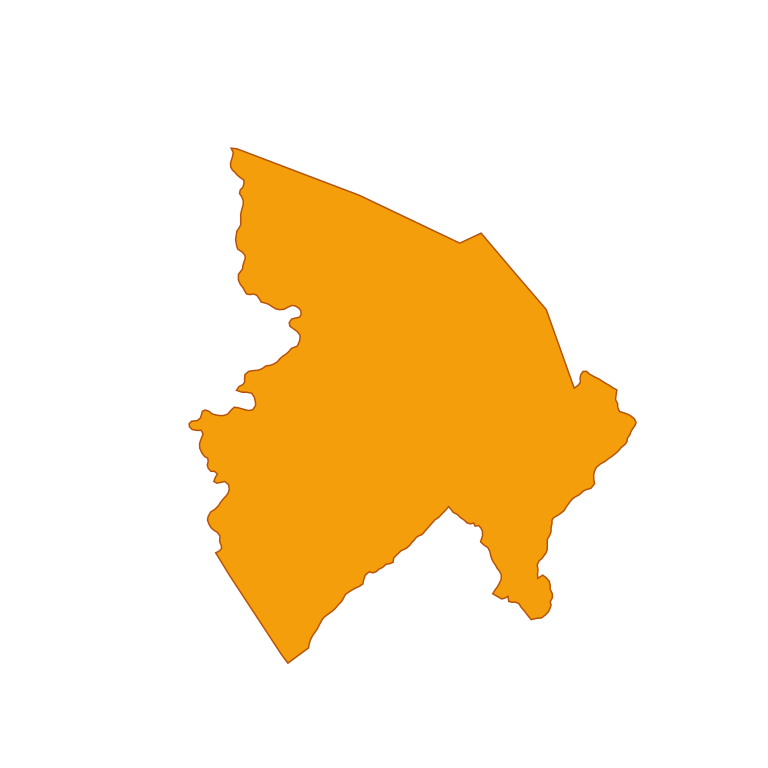 Itaeté, Bahia, Brazil (orthographic projection), rotated 248°
{"feature_id": "56859067B39579225322319", "entity_name": "Itaeté", "entity_type": "district", "adm_level": 2, "iso_a3": "BRA", "parent_name": "Brazil", "parent_adm1": "Bahia", "projection": "orthographic", "projection_center": [-41.071, -13.094], "detail": "fine", "context": "isolated", "style": "filled", "palette": "amber", "viewbox_px": 768, "rotation_deg": 248, "n_neighbors": 0, "source": "geoboundaries", "source_scale": "gbopen_adm2", "svg_char_len": 4239}
<svg xmlns="http://www.w3.org/2000/svg" viewBox="0 0 768 768"><g transform="rotate(248 384 384)"><path d="M140.6,412.6L140.2,415.8L140.7,419.4L135.6,418.2L133.8,420.8L132.5,424.1L129.9,426.8L125.8,427.5L121.1,429.1L116.5,430.3L110.4,432.2L109.5,438.0L108.1,442.3L109.3,446.8L111.3,451.2L114.1,454.2L116.5,456.1L119.9,456.6L122.8,460.1L126.3,461.5L131.5,461.2L135.3,462.7L139.2,463.3L143.7,461.8L147.3,459.5L146.3,453.7L150.3,455.2L154.4,457.3L158.9,458.3L161.9,461.5L163.2,465.3L165.1,468.3L166.6,470.8L169.2,473.2L172.5,474.7L175.4,475.8L178.8,477.3L181.6,480.9L184.4,483.5L188.3,485.1L191.4,487.3L194.9,488.8L196.6,491.4L197.1,495.5L197.9,499.3L199.1,503.4L202.6,508.2L205.0,512.1L206.6,515.1L207.6,518.3L208.2,523.7L210.1,528.8L210.3,532.1L209.8,536.8L212.6,541.8L217.4,542.9L221.9,544.7L224.2,546.5L227.2,549.7L228.8,554.6L229.4,559.6L230.5,563.6L231.4,567.5L232.5,571.6L234.0,575.9L236.3,580.2L237.7,584.7L239.4,587.6L242.5,589.3L244.8,592.9L247.5,595.3L249.7,598.3L251.6,601.3L253.9,603.3L257.9,603.1L262.1,600.8L264.5,598.8L267.0,596.1L270.2,592.1L274.6,591.9L278.3,593.2L282.8,592.8L287.3,595.3L291.2,597.7L294.3,595.1L298.1,592.6L300.7,590.5L304.0,588.0L307.7,585.5L312.2,581.5L316.5,578.0L319.9,576.5L321.1,573.4L319.3,570.4L316.3,568.1L312.1,566.8L310.0,563.4L308.9,558.8L392.3,562.3L435.8,547.6L487.5,530.5L486.2,507.0L568.2,431.8L657.1,335.8L659.9,330.6L655.0,330.9L651.7,328.8L649.1,326.7L645.9,324.2L642.2,323.2L639.1,323.6L636.1,325.1L632.6,326.2L629.0,328.2L625.2,330.5L621.8,328.9L619.4,326.9L617.8,323.4L614.7,321.4L611.1,322.2L606.8,322.2L602.8,320.5L598.3,316.9L594.8,314.6L591.3,313.3L588.3,312.1L585.4,310.9L583.0,308.1L580.9,304.9L577.9,303.1L573.5,300.5L567.5,299.2L563.9,298.9L559.4,302.0L555.8,303.2L552.8,302.7L548.9,299.3L546.4,297.4L543.7,295.9L540.2,290.1L535.1,288.0L530.1,288.1L526.2,289.3L523.0,289.6L518.9,290.3L517.1,293.3L516.4,296.8L513.9,299.3L509.9,300.3L506.0,300.8L503.6,304.1L501.2,306.8L497.7,309.2L494.2,311.8L492.1,314.9L490.7,319.2L491.3,324.2L491.3,328.3L489.3,331.3L486.1,333.5L483.0,334.3L479.7,333.3L477.6,330.9L478.2,327.3L478.8,322.7L476.4,319.1L472.8,318.4L469.9,320.2L465.5,323.0L461.1,324.4L458.0,323.4L455.2,321.5L451.6,317.9L451.7,311.5L449.5,307.4L448.4,304.2L447.6,300.2L446.5,297.1L444.6,293.4L443.8,289.6L443.9,285.4L445.0,281.5L443.9,276.5L443.9,272.6L445.5,267.4L446.4,263.2L444.8,258.6L440.9,256.6L438.0,255.5L436.3,252.9L436.0,248.8L433.4,244.8L429.5,249.4L427.7,253.8L425.0,257.9L420.0,258.8L414.9,257.9L412.1,256.8L409.2,252.5L410.2,248.3L412.0,245.8L416.2,240.4L418.6,236.5L417.2,232.7L414.6,227.8L414.8,223.9L415.7,221.0L418.0,216.9L420.7,213.4L424.2,211.5L426.9,208.5L426.7,205.3L424.1,203.4L421.3,201.1L420.0,197.0L421.6,191.7L420.1,188.4L417.1,187.6L413.6,189.1L410.9,193.4L409.6,197.1L405.4,197.6L402.7,194.9L400.2,192.6L397.5,190.5L393.4,189.1L388.2,189.3L384.0,190.5L381.3,192.7L378.2,192.1L375.4,189.9L372.1,189.4L368.0,190.7L366.5,194.2L362.9,195.8L360.6,192.6L357.3,189.7L354.7,191.9L354.0,195.3L353.3,199.8L348.8,202.2L344.4,201.1L341.6,198.9L339.7,196.4L337.9,192.5L335.4,187.9L333.1,184.8L331.2,180.3L330.2,175.2L327.1,171.4L324.0,169.4L319.9,169.2L315.5,169.8L312.0,171.6L308.8,173.9L304.6,175.0L299.5,172.6L294.9,172.6L292.1,171.6L290.7,167.9L290.6,164.7L263.7,169.2L171.5,187.6L161.2,190.3L167.6,215.2L170.5,216.9L174.0,219.6L177.7,223.8L179.7,227.1L181.6,230.0L184.9,233.8L188.4,238.0L190.2,241.0L191.6,246.1L192.8,251.0L194.2,254.8L196.2,258.5L198.4,263.4L200.6,266.2L203.3,269.3L204.4,273.9L205.3,279.2L205.7,285.7L206.5,289.5L210.2,291.9L213.8,295.1L215.4,299.9L213.1,303.0L212.9,306.5L214.2,309.8L214.5,314.0L216.1,318.4L215.3,321.6L215.3,325.6L219.1,327.9L221.0,332.3L223.0,337.3L223.3,343.1L224.7,347.2L226.3,349.8L227.7,353.0L229.8,356.7L230.2,359.8L230.2,362.9L239.0,380.3L239.8,384.6L242.1,389.6L243.7,393.4L246.1,398.1L242.6,399.2L239.2,400.0L235.4,403.2L231.7,404.7L228.4,407.0L224.1,409.0L222.0,411.7L221.4,415.1L218.1,415.2L217.3,418.7L214.3,419.9L210.8,420.1L206.7,418.7L201.5,414.4L196.9,416.5L193.5,419.0L189.1,419.4L184.5,418.6L181.3,418.4L177.9,418.7L174.9,419.4L170.8,419.9L167.4,420.9L163.5,421.3L159.1,419.6L155.9,416.1L153.5,413.2L151.5,409.9L148.8,406.2L140.6,412.6Z" fill="#f59e0b" stroke="#b45309" stroke-width="1.5"/></g></svg>